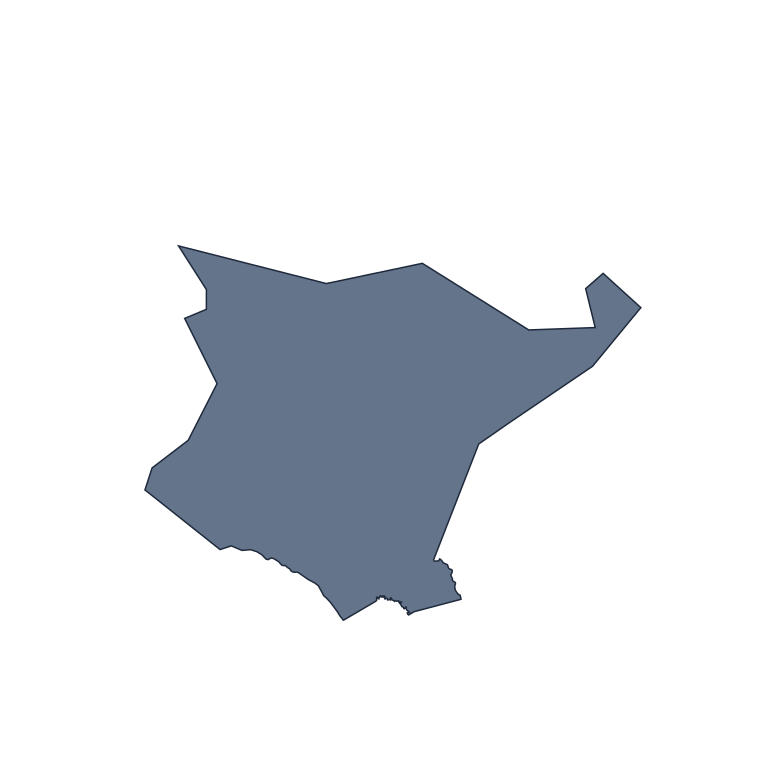 outline of Magwi, Eastern Equatoria, South Sudan, rotated 329°
{"feature_id": "79223893B80026525075144", "entity_name": "Magwi", "entity_type": "district", "adm_level": 2, "iso_a3": "SSD", "parent_name": "South Sudan", "parent_adm1": "Eastern Equatoria", "projection": "natural_earth1", "projection_center": [32.092, 3.938], "detail": "fine", "context": "isolated", "style": "filled", "palette": "slate", "viewbox_px": 768, "rotation_deg": 329, "n_neighbors": 0, "source": "geoboundaries", "source_scale": "gbopen_adm2", "svg_char_len": 2355}
<svg xmlns="http://www.w3.org/2000/svg" viewBox="0 0 768 768"><g transform="rotate(329 384 384)"><path d="M158.2,441.5L169.7,444.1L176.6,453.5L184.3,457.3L188.6,462.2L191.3,467.3L192.7,473.3L194.1,474.8L197.6,475.0L199.5,476.8L202.3,482.2L202.6,484.6L203.2,486.9L204.4,487.9L205.9,488.9L206.9,491.9L208.1,494.1L207.9,495.9L209.2,498.4L210.5,499.4L212.6,500.4L213.6,501.9L216.1,507.5L218.3,512.4L222.3,519.2L223.8,523.0L223.6,529.7L223.3,534.1L223.6,535.6L224.4,537.7L225.5,543.0L226.2,549.2L226.7,554.7L226.8,560.6L227.3,563.1L227.3,565.2L227.7,565.6L264.8,566.0L266.2,565.7L267.0,564.4L267.7,563.2L268.3,563.0L268.4,563.7L268.3,564.5L268.6,565.2L269.1,565.5L269.3,564.6L270.3,564.6L270.8,563.9L271.4,563.6L272.1,563.8L272.1,564.5L272.0,565.2L272.9,565.6L273.4,566.0L273.5,565.1L274.3,565.3L274.6,565.8L275.2,566.1L275.3,566.7L274.4,567.0L274.1,568.0L274.0,568.6L274.4,568.9L275.2,568.7L276.0,569.0L276.3,569.9L275.9,570.4L276.0,571.1L276.7,571.3L277.5,571.4L278.1,572.3L278.6,572.0L279.3,570.8L280.0,571.1L280.0,571.8L279.2,572.5L279.9,573.6L280.6,574.1L280.7,574.7L280.9,575.3L281.0,575.8L281.5,575.8L282.5,575.7L282.8,576.1L282.9,576.6L283.6,577.0L284.5,577.2L284.9,577.8L284.5,578.3L284.4,579.5L284.5,580.0L284.9,579.8L285.5,579.1L286.3,579.4L286.6,579.8L286.0,579.8L285.7,580.2L285.2,580.8L284.8,581.3L284.7,582.3L284.8,583.0L284.6,583.9L285.4,584.9L285.6,585.5L285.4,586.1L285.3,586.7L285.6,587.1L286.5,586.9L287.4,586.5L288.1,586.7L287.7,587.3L287.3,587.9L287.1,588.8L287.1,589.7L287.5,590.6L287.8,591.5L288.1,592.2L288.1,592.8L287.4,592.6L286.7,592.2L286.0,592.2L285.9,592.8L285.8,593.8L286.2,594.7L292.6,594.7L339.1,608.2L339.9,606.2L340.5,604.3L339.3,602.3L339.0,599.7L339.0,597.6L339.6,595.6L340.3,594.2L341.0,593.1L341.9,592.6L342.7,591.5L342.9,590.7L341.8,588.8L341.5,587.6L342.2,586.6L342.9,582.1L345.2,580.6L346.4,579.2L346.4,577.9L345.3,576.8L344.7,575.7L344.5,574.6L345.1,572.9L345.2,571.4L344.0,569.7L342.6,567.5L342.6,565.4L342.1,563.4L341.6,562.6L340.5,563.3L339.8,563.8L337.2,562.4L336.2,562.1L335.8,561.4L336.0,560.2L434.3,484.2L471.7,481.7L571.9,476.2L639.0,452.4L643.5,450.9L628.8,402.0L606.0,406.1L594.1,444.4L535.9,412.2L479.0,300.3L386.3,268.2L279.0,159.8L280.4,211.6L270.2,228.5L246.9,225.1L241.1,297.7L187.2,331.4L142.0,336.5L124.5,351.7L126.2,356.1L158.2,441.5Z" fill="#64748b" stroke="#1e293b" stroke-width="1.5"/></g></svg>